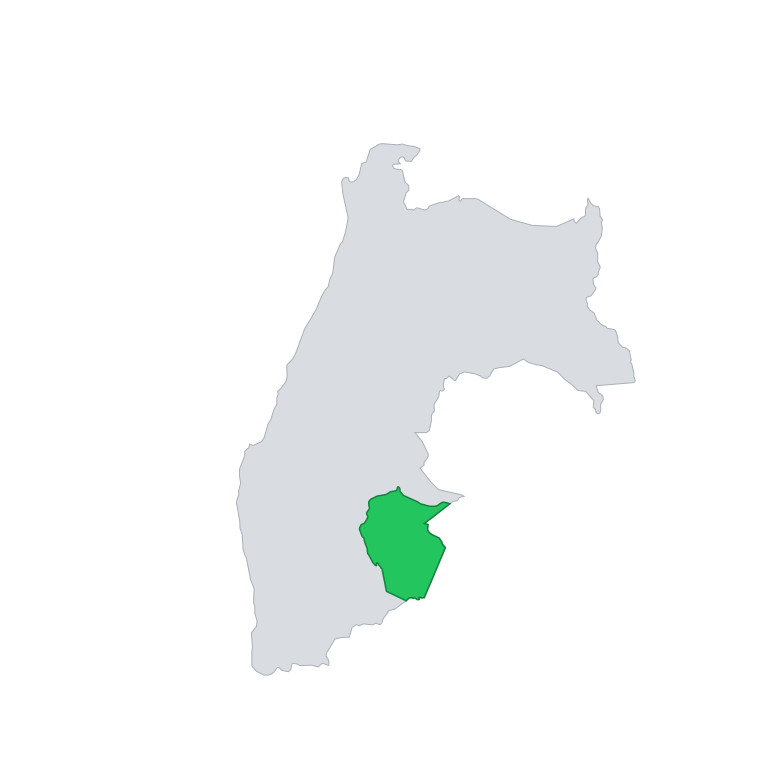 Madre de Dios highlighted on a map of Peru, rotated 52°
{"feature_id": "PER-572", "entity_name": "Madre de Dios", "entity_type": "Department", "adm_level": 1, "iso_a3": "PER", "parent_name": "Peru", "parent_adm1": "", "projection": "albers", "projection_center": [-70.763, -11.651], "detail": "fine", "context": "in_parent", "style": "filled", "palette": "green", "viewbox_px": 768, "rotation_deg": 52, "n_neighbors": 0, "source": "natural_earth", "source_scale": "10m", "svg_char_len": 6256}
<svg xmlns="http://www.w3.org/2000/svg" viewBox="0 0 768 768"><g transform="rotate(52 384 384)"><path d="M539.7,231.6L539.5,233.6L537.0,234.5L534.7,233.1L531.3,233.5L526.2,228.9L514.0,229.6L508.7,235.0L500.7,236.2L491.9,238.7L482.0,239.7L466.4,248.4L462.9,251.9L455.9,257.0L450.1,258.7L447.4,274.3L441.9,283.4L439.7,288.5L442.8,295.9L442.8,299.6L439.7,302.6L437.1,303.0L431.8,306.2L424.0,313.2L422.6,318.5L425.3,325.5L424.4,326.3L417.9,327.7L418.1,331.6L416.8,333.1L422.3,338.6L425.4,339.9L425.6,341.3L425.1,342.8L423.9,343.4L423.8,344.6L427.8,348.8L430.8,357.1L436.5,361.1L436.7,363.8L438.3,366.4L441.4,368.4L448.4,376.7L448.5,380.5L441.3,389.5L453.3,389.4L466.4,392.3L468.3,393.8L469.9,397.8L470.1,400.4L472.7,402.5L472.5,407.4L489.7,407.4L500.9,406.1L519.0,391.2L521.9,390.0L520.3,393.2L520.1,395.6L521.1,398.1L519.0,401.8L518.8,438.1L522.1,436.1L526.3,439.5L529.3,439.7L539.3,435.6L550.7,436.3L577.2,483.9L574.8,487.1L574.9,489.5L571.7,491.6L568.4,495.4L568.1,514.2L565.4,519.9L566.9,522.9L568.3,528.9L570.7,532.5L571.3,534.8L571.0,535.7L567.3,537.7L567.0,541.1L560.4,547.8L559.2,552.3L556.7,553.8L556.2,559.0L562.2,567.3L558.3,572.3L554.8,579.6L560.7,595.2L563.1,597.4L565.7,597.3L569.6,598.7L571.7,601.0L566.9,603.9L566.1,605.2L566.4,610.2L561.1,614.0L554.1,623.7L552.1,624.2L548.6,627.1L547.9,628.6L548.5,630.0L551.6,632.9L551.9,636.4L546.8,640.8L543.2,641.2L541.8,642.4L543.3,648.4L543.3,651.1L542.2,654.3L539.6,657.7L532.1,661.3L525.2,661.9L513.6,653.0L509.9,649.3L498.4,641.7L496.5,633.8L492.6,629.9L485.5,627.1L479.8,623.0L475.6,621.1L465.1,612.2L455.5,609.4L437.6,600.1L427.9,597.1L415.4,588.4L408.7,586.1L403.3,582.1L387.0,573.5L384.4,570.8L381.8,566.5L378.2,564.0L374.0,558.1L367.9,554.7L362.1,550.2L354.7,537.9L351.2,535.1L350.9,529.5L348.5,526.9L351.9,525.0L354.0,516.2L352.7,511.8L344.2,500.1L342.5,495.3L336.3,486.3L334.0,480.9L329.0,477.1L326.9,473.7L324.2,472.3L324.0,468.1L321.9,460.2L319.1,456.3L309.3,449.0L308.1,440.9L305.8,435.3L291.8,412.8L283.3,391.1L276.4,379.1L273.5,372.1L273.1,368.3L268.0,362.0L265.2,356.1L253.8,345.0L247.0,332.5L246.0,328.8L241.4,322.0L234.0,313.1L230.4,309.6L208.6,299.2L198.3,292.7L197.0,289.2L197.4,287.2L199.6,285.2L202.7,286.5L204.5,285.9L205.9,283.3L205.8,279.6L203.7,274.8L196.5,265.7L198.2,261.4L190.8,250.7L192.0,240.1L193.5,237.4L203.6,226.4L206.3,221.7L210.7,218.7L215.1,214.3L220.5,210.8L222.1,211.9L223.9,217.5L223.8,221.3L225.5,225.5L221.8,229.5L217.7,228.8L216.1,229.8L215.5,231.6L216.3,234.5L217.4,235.7L220.5,235.7L216.5,241.4L216.9,242.5L219.8,243.5L222.5,241.9L225.4,238.6L227.1,238.1L237.8,243.2L242.7,242.4L246.5,244.9L247.1,248.9L252.5,256.5L260.4,258.2L261.7,257.5L263.4,254.5L265.1,254.0L265.3,249.6L272.0,244.8L272.9,241.7L271.9,239.4L272.0,237.7L275.7,227.3L276.9,226.2L278.0,222.9L279.5,220.8L281.5,209.3L283.4,209.3L285.2,211.9L287.3,211.2L286.1,208.6L286.5,207.7L293.8,198.3L296.1,196.3L332.3,182.8L350.3,169.5L366.1,151.0L370.8,132.7L372.7,134.0L375.7,133.5L374.6,126.1L375.3,122.6L375.1,121.5L370.0,117.2L367.9,112.5L363.4,109.8L363.6,108.8L368.3,109.7L372.5,109.2L376.1,106.1L378.8,106.3L384.8,110.4L389.3,110.7L390.8,113.6L395.2,115.7L401.4,121.9L404.3,128.7L404.1,130.0L406.9,133.6L412.9,135.3L418.9,140.2L425.1,141.7L427.9,146.3L429.6,147.7L430.4,150.4L429.5,153.4L430.4,155.1L435.0,157.8L438.9,157.8L439.7,159.1L442.0,166.7L440.6,170.5L441.2,172.6L446.3,174.4L447.8,176.1L451.8,176.4L457.6,174.7L464.7,177.0L470.2,176.1L472.7,175.5L475.2,173.8L477.4,173.8L483.0,169.0L484.5,168.6L490.5,170.7L495.6,174.0L501.8,173.4L504.3,171.3L508.8,170.2L517.0,174.2L518.7,176.2L521.0,176.5L529.6,180.6L531.2,182.2L535.8,183.8L536.7,185.1L536.5,186.6L516.0,217.8L522.4,220.3L528.2,218.8L531.3,220.8L533.5,225.9L538.1,229.3L539.7,231.6Z" fill="#d9dde1" stroke="#a8b0b8" stroke-width="1"/><path d="M550.2,436.3L550.7,436.4L550.9,436.5L551.0,436.7L551.1,436.9L551.2,437.1L551.3,437.3L551.4,437.5L551.5,437.7L551.6,437.9L554.7,443.4L557.8,449.0L560.9,454.5L564.0,460.1L567.1,465.6L570.2,471.2L573.2,476.7L576.3,482.3L577.1,483.6L577.2,483.9L576.9,484.0L576.7,484.3L576.5,484.9L576.3,485.4L575.9,485.8L575.5,486.2L574.6,486.7L574.2,487.0L573.9,487.5L573.9,488.0L574.2,488.3L575.1,488.5L575.4,488.9L574.7,490.3L574.5,490.5L572.0,491.2L571.4,491.6L571.0,492.2L570.6,493.1L569.9,493.0L569.6,493.6L569.2,494.3L568.3,495.0L568.1,495.7L568.1,497.0L568.5,500.0L568.4,500.0L549.6,509.4L549.1,509.6L548.3,509.4L528.3,499.3L527.8,499.3L527.3,499.7L526.3,499.4L525.4,499.3L523.8,499.5L522.4,499.2L521.4,499.1L521.0,499.2L520.7,499.4L520.6,499.8L520.7,500.2L521.0,500.5L521.4,500.8L522.1,501.3L522.4,501.6L522.4,501.9L522.0,502.3L521.4,502.5L517.7,502.7L509.3,501.2L508.5,501.3L507.6,501.2L507.1,501.0L503.4,498.6L502.9,498.4L498.4,497.1L495.2,495.9L494.7,495.6L494.0,495.1L493.6,494.9L493.2,494.8L492.6,494.8L491.1,495.0L490.6,495.0L489.9,494.9L484.3,493.1L483.5,492.8L482.6,492.1L482.1,491.3L481.4,489.8L481.1,489.3L480.9,488.8L480.9,488.0L481.0,487.5L481.5,486.1L481.5,485.4L481.3,484.4L480.9,483.0L479.9,480.7L479.2,479.3L479.0,478.9L478.6,478.5L478.3,478.3L478.0,478.2L477.6,478.1L477.2,478.0L476.3,477.9L475.4,477.5L475.1,477.2L474.8,476.8L474.5,476.3L473.6,473.2L473.4,472.5L473.1,472.0L472.6,471.7L470.5,470.7L468.1,469.1L467.5,468.6L467.4,468.5L467.3,468.3L467.2,468.0L466.7,465.5L466.7,465.0L466.9,463.9L467.2,463.0L467.6,461.1L467.7,459.9L468.2,458.3L472.1,450.9L472.6,449.3L472.7,447.4L472.7,446.7L472.8,445.8L473.0,445.2L473.3,444.4L475.5,440.4L475.6,439.9L475.6,439.6L475.3,439.0L473.7,437.0L473.7,436.6L473.7,436.3L474.0,436.0L474.5,435.8L475.6,435.9L476.3,436.0L476.8,436.2L478.0,437.2L478.3,437.3L479.0,437.5L483.2,437.3L483.9,437.2L484.2,437.1L497.5,430.1L500.1,429.3L500.7,429.1L501.9,428.3L503.6,426.9L505.1,425.9L507.0,424.4L507.5,424.1L508.2,423.5L511.1,420.0L512.0,418.6L512.4,417.6L512.7,416.6L512.9,412.3L513.1,411.6L513.5,410.3L514.0,409.7L514.9,408.8L518.9,405.8L518.9,408.4L518.9,412.3L518.9,416.1L518.9,420.0L518.9,423.9L518.9,427.8L518.8,431.7L518.8,435.6L518.8,438.1L521.4,436.0L522.0,435.9L522.8,436.6L524.2,438.2L524.9,438.9L526.3,439.6L527.8,439.8L529.4,439.7L530.9,439.4L532.1,439.0L539.4,435.3L540.6,435.4L541.2,435.5L541.8,435.6L543.0,435.5L543.8,435.6L544.3,435.8L545.5,436.5L546.5,436.7L550.2,436.3Z" fill="#22c55e" stroke="#15803d" stroke-width="1.5"/></g></svg>